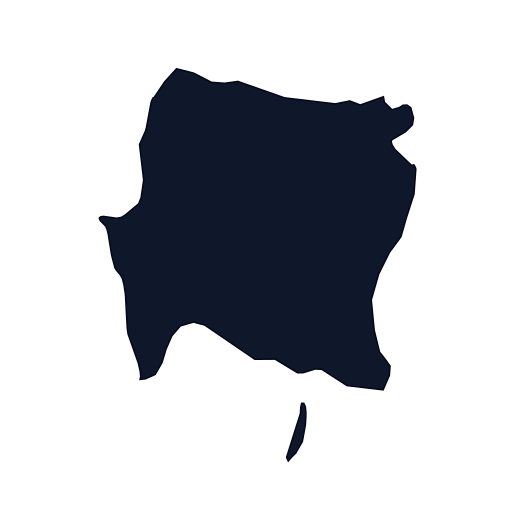 SVG path tracing the border of Artemisa, rotated 16°
{"feature_id": "CUB-1429", "entity_name": "Artemisa", "entity_type": "Province", "adm_level": 1, "iso_a3": "CUB", "parent_name": "Cuba", "parent_adm1": "", "projection": "equal_earth", "projection_center": [-82.681, 22.816], "detail": "fine", "context": "isolated", "style": "filled", "palette": "ink", "viewbox_px": 512, "rotation_deg": 16, "n_neighbors": 0, "source": "natural_earth", "source_scale": "10m", "svg_char_len": 1396}
<svg xmlns="http://www.w3.org/2000/svg" viewBox="0 0 512 512"><g transform="rotate(16 256 256)"><path d="M113.4,132.5L114.4,131.6L120.3,113.5L128.0,97.9L145.7,97.4L165.2,101.3L178.3,98.6L190.4,93.2L239.8,96.1L290.3,87.9L303.4,81.1L314.6,82.1L334.6,67.8L337.0,72.8L346.4,77.9L352.9,73.8L355.8,70.5L359.6,69.3L363.9,70.8L369.4,80.0L370.2,86.7L365.5,95.3L354.7,106.7L354.2,108.3L355.9,111.4L360.0,115.2L380.1,125.8L381.4,125.6L382.6,124.9L384.6,126.7L385.7,128.5L390.8,152.9L390.0,178.2L390.0,197.6L383.3,215.6L378.9,239.5L378.9,266.4L390.1,294.8L401.2,314.3L408.1,319.2L415.2,324.9L417.1,334.0L415.1,349.6L379.2,355.5L350.4,346.8L344.0,348.3L333.5,355.2L328.1,356.8L302.7,349.9L283.3,355.6L225.7,336.5L214.0,336.8L202.6,344.0L197.1,355.9L195.2,370.1L195.0,384.5L191.7,397.7L183.6,404.5L178.6,406.6L178.4,403.7L176.8,399.4L172.5,391.5L154.5,366.2L152.0,360.5L141.2,329.2L137.1,320.2L133.6,314.2L130.5,311.3L125.5,307.9L123.6,306.1L117.0,295.0L108.0,275.8L105.3,271.1L103.1,268.6L97.0,265.2L95.8,264.1L94.9,262.7L95.7,261.3L98.3,260.0L111.6,258.1L115.8,256.1L118.7,253.1L128.8,238.2L129.5,231.7L127.1,214.0L113.3,180.9L115.3,166.3L115.3,163.0L112.8,136.6L113.4,132.5ZM348.0,395.9L350.0,404.7L351.7,421.6L348.5,434.5L345.7,439.5L343.5,444.2L340.9,441.1L342.1,395.1L340.7,388.9L340.5,385.0L342.5,384.4L345.1,387.5L347.2,393.0L348.0,395.9Z" fill="#0f172a" stroke="#020617" stroke-width="1.5"/></g></svg>